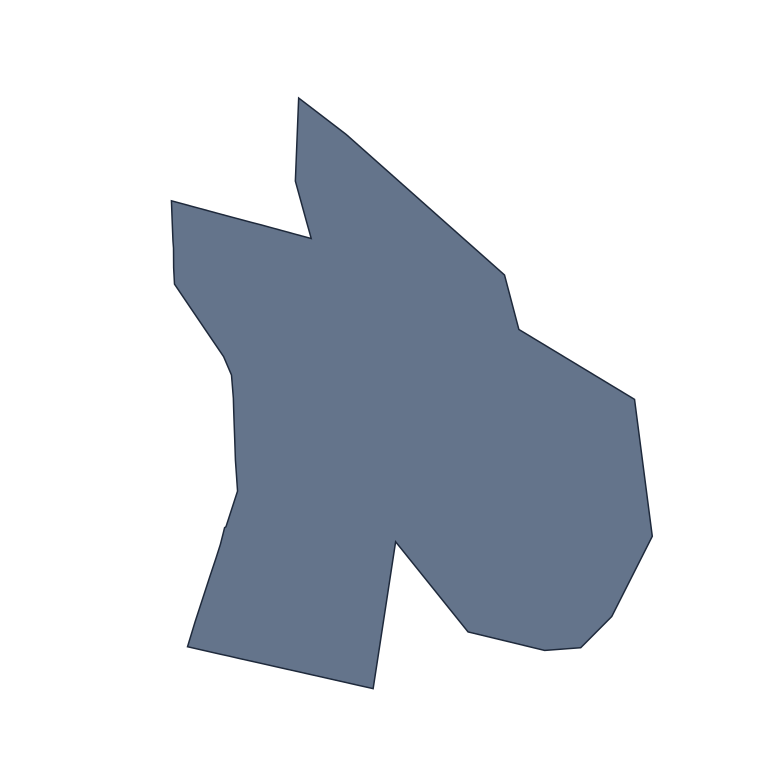 the district of San Martín de los Cansecos, Oaxaca, Mexico, rotated 349°
{"feature_id": "50627088B42113519243267", "entity_name": "San Martín de los Cansecos", "entity_type": "district", "adm_level": 2, "iso_a3": "MEX", "parent_name": "Mexico", "parent_adm1": "Oaxaca", "projection": "robinson", "projection_center": [-96.733, 16.659], "detail": "fine", "context": "isolated", "style": "filled", "palette": "slate", "viewbox_px": 768, "rotation_deg": 349, "n_neighbors": 0, "source": "geoboundaries", "source_scale": "gbopen_adm2", "svg_char_len": 1046}
<svg xmlns="http://www.w3.org/2000/svg" viewBox="0 0 768 768"><g transform="rotate(349 384 384)"><path d="M618.3,584.7L627.0,446.9L526.8,356.2L523.1,300.0L394.5,131.8L354.8,87.0L335.7,167.9L338.9,209.6L339.9,221.8L340.3,227.3L333.4,223.9L331.1,222.8L301.5,208.2L294.3,204.6L285.0,200.2L280.9,198.2L266.5,191.2L251.6,183.9L229.4,173.0L210.3,163.6L207.2,183.4L204.8,199.0L204.1,203.6L203.3,210.5L199.7,229.7L197.4,246.0L209.1,273.5L222.9,305.8L231.8,326.6L236.0,346.1L235.3,352.4L233.4,369.3L231.9,378.3L229.5,393.3L226.5,412.4L223.6,430.5L222.0,443.6L219.8,461.2L217.8,464.8L204.9,488.1L201.6,494.0L200.1,494.6L197.7,499.8L192.7,510.4L185.9,522.8L176.8,538.9L159.8,569.5L153.4,581.0L141.0,604.4L165.6,615.3L171.5,617.9L179.9,621.5L189.9,626.0L206.0,633.0L215.8,637.3L223.5,640.7L232.6,644.7L259.3,656.4L300.9,674.7L301.8,675.1L312.6,679.8L315.2,681.0L321.8,662.6L329.4,641.4L338.6,615.7L355.1,569.6L365.3,541.1L367.1,544.5L419.2,643.4L490.9,676.2L526.8,680.4L563.2,655.7L618.3,584.7Z" fill="#64748b" stroke="#1e293b" stroke-width="1.5"/></g></svg>